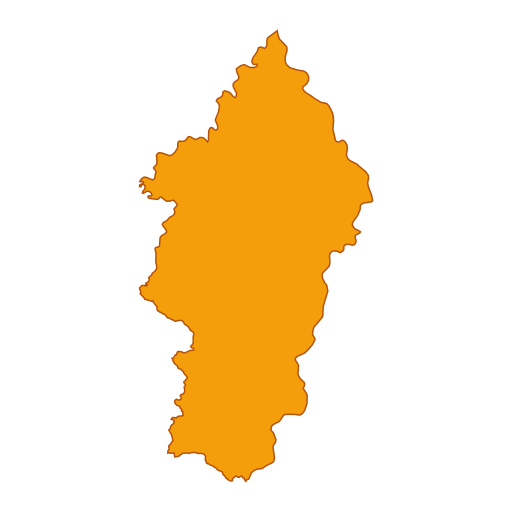 outline of Buritizeiro, Minas Gerais, Brazil
{"feature_id": "56859067B33679027231632", "entity_name": "Buritizeiro", "entity_type": "district", "adm_level": 2, "iso_a3": "BRA", "parent_name": "Brazil", "parent_adm1": "Minas Gerais", "projection": "albers", "projection_center": [-45.225, -17.281], "detail": "fine", "context": "isolated", "style": "filled", "palette": "amber", "viewbox_px": 512, "rotation_deg": 0, "n_neighbors": 0, "source": "geoboundaries", "source_scale": "gbopen_adm2", "svg_char_len": 6059}
<svg xmlns="http://www.w3.org/2000/svg" viewBox="0 0 512 512"><path d="M139.9,181.7L143.3,181.6L143.6,182.5L142.7,183.5L139.8,184.9L139.4,186.1L140.1,186.9L141.0,186.6L141.4,185.3L142.3,184.7L143.3,184.5L144.4,184.9L145.1,185.9L144.9,189.0L143.2,190.6L142.3,192.7L143.1,193.4L146.8,191.4L148.1,191.1L150.2,192.1L151.4,193.5L151.9,195.5L150.8,196.0L148.4,195.9L147.9,196.6L148.2,197.6L149.3,198.4L157.5,199.4L158.6,198.8L160.1,197.1L161.1,197.1L166.3,201.1L170.2,201.1L172.4,200.2L174.0,200.5L177.4,204.5L176.7,205.8L174.0,208.9L174.9,212.0L174.6,213.4L173.8,214.6L172.8,215.7L169.6,217.4L166.7,220.7L163.6,222.4L162.7,223.3L162.3,224.8L165.9,229.7L166.6,231.8L166.2,232.6L164.1,234.3L162.0,235.4L160.5,236.8L160.1,237.7L159.5,246.2L158.4,246.9L156.1,247.4L155.4,248.1L155.1,249.2L156.0,253.5L155.8,262.2L156.7,265.7L156.6,268.7L154.8,271.4L152.1,273.4L151.8,275.0L148.9,277.2L148.7,278.2L149.4,279.2L149.1,280.6L147.6,282.3L146.0,283.0L145.5,284.1L146.3,284.9L147.4,284.7L147.0,285.6L145.7,285.9L142.2,285.3L139.8,287.6L139.5,288.6L140.8,291.6L140.8,292.9L140.2,293.8L144.3,298.1L144.7,299.2L150.5,300.9L151.8,301.2L152.7,300.8L153.0,301.7L156.9,306.6L157.1,309.7L157.5,310.7L159.4,311.4L159.9,312.3L161.2,312.5L163.1,314.0L165.0,314.6L167.6,317.9L169.5,318.1L171.3,319.5L172.7,319.7L174.1,320.8L175.8,321.3L178.2,320.5L181.4,320.4L182.6,320.9L184.8,324.4L187.9,326.3L189.8,328.9L189.9,329.9L192.7,331.8L193.5,332.7L193.8,334.0L193.2,336.4L193.2,342.8L192.9,343.8L190.7,346.5L191.5,347.6L193.5,348.4L193.7,350.2L190.4,350.4L184.8,352.9L183.8,352.9L181.0,351.6L178.1,351.5L177.3,352.1L176.3,354.8L175.2,355.0L173.5,357.9L172.1,358.3L173.8,362.6L175.4,364.4L177.3,365.8L178.2,368.3L181.3,369.5L182.2,370.9L183.6,371.7L183.8,373.1L187.3,377.3L186.9,378.7L185.6,379.7L185.1,380.9L183.9,381.7L184.0,382.9L185.3,384.5L185.4,385.4L184.1,387.1L184.6,389.2L184.6,392.1L183.3,393.8L180.9,394.7L180.2,395.9L181.2,396.8L180.9,399.1L180.2,399.7L178.8,400.0L177.5,399.9L176.4,399.2L174.9,400.5L174.8,402.6L175.6,403.9L176.7,405.2L179.6,406.2L180.3,408.4L181.3,408.9L181.9,409.7L181.4,411.0L182.5,411.4L183.0,412.3L182.7,413.5L183.2,414.5L183.0,415.7L177.9,416.4L176.3,417.8L172.5,417.5L171.2,419.4L173.8,420.0L174.4,421.2L173.6,422.3L173.9,423.5L171.8,424.8L171.0,425.9L170.0,428.9L168.8,430.0L172.0,435.8L172.8,441.0L171.1,442.9L170.8,443.9L168.6,446.1L169.2,448.9L168.0,450.7L167.8,453.1L170.0,452.9L170.8,453.3L174.0,452.9L174.8,457.0L178.6,456.3L182.7,453.3L184.1,453.2L187.5,453.0L189.3,453.4L191.6,452.5L195.4,452.5L198.2,453.5L201.1,453.4L203.8,454.0L204.9,455.2L205.5,456.5L205.3,460.2L206.3,461.4L206.3,462.8L207.4,463.7L208.8,463.9L210.0,464.9L212.6,465.8L214.5,467.3L215.6,467.7L218.0,470.3L220.0,470.9L222.5,472.2L222.8,473.9L223.5,475.0L224.4,475.4L226.2,478.5L227.2,478.7L227.8,479.5L229.7,480.7L231.0,481.0L232.5,480.7L232.5,478.7L235.9,475.9L238.0,477.3L239.5,477.3L240.5,476.3L241.8,476.0L243.0,477.9L244.3,478.3L244.4,479.5L245.9,481.3L246.5,479.9L248.8,479.0L251.5,472.6L254.6,470.2L257.6,469.0L261.4,468.7L262.4,468.3L266.9,465.3L271.8,463.0L273.8,461.3L274.4,458.8L274.4,457.0L273.1,448.1L273.1,446.5L273.5,445.2L275.6,442.1L275.9,439.5L273.5,433.0L271.0,430.2L271.3,427.2L272.5,424.9L279.4,421.4L283.6,415.2L284.4,414.8L286.6,414.3L294.5,414.4L299.9,415.1L302.4,413.6L304.7,410.4L307.0,403.4L307.1,395.1L306.1,392.8L303.3,388.6L304.6,384.7L304.3,382.5L300.3,378.7L298.4,375.5L297.9,373.0L298.3,370.5L298.5,365.5L297.2,362.8L295.3,360.1L295.3,359.1L296.3,357.1L297.1,356.5L304.4,353.1L307.5,350.4L312.0,345.3L314.9,340.1L314.8,338.4L312.5,334.3L313.1,329.6L314.0,327.1L322.0,317.6L322.8,316.0L323.2,306.5L327.8,291.1L326.7,285.3L325.0,283.2L322.5,278.3L322.1,274.4L323.2,272.4L328.4,267.1L329.5,265.3L329.9,262.4L329.5,255.4L330.2,253.2L332.2,251.3L333.3,250.9L337.3,251.3L339.6,252.5L340.6,252.5L343.4,250.5L343.8,249.3L343.8,246.6L344.3,245.7L345.8,244.5L349.2,244.3L352.4,245.2L354.2,244.8L355.5,243.3L356.1,240.8L355.1,237.4L355.1,236.4L355.5,235.3L360.0,232.8L360.4,231.6L354.4,228.5L352.4,225.2L352.3,224.2L352.5,223.1L353.8,220.7L357.4,215.8L358.7,213.1L360.2,209.1L360.3,206.1L360.9,204.8L363.2,203.1L370.6,202.0L371.9,201.6L372.6,200.5L371.7,195.7L368.2,186.4L367.6,182.6L368.6,178.3L368.4,175.6L365.7,171.7L358.2,165.5L357.6,164.5L350.0,160.6L348.3,159.3L347.0,156.9L346.4,154.6L347.4,148.5L347.0,145.1L344.9,141.5L342.7,140.2L341.4,140.5L339.6,141.7L337.7,142.1L336.1,141.2L335.4,140.1L332.9,129.2L333.6,120.4L333.2,116.3L332.5,113.0L329.1,106.1L326.6,103.5L320.9,102.3L315.2,98.9L309.8,95.0L306.2,92.9L304.0,90.9L302.7,88.8L302.6,87.9L303.1,86.8L306.8,83.7L308.6,80.2L308.7,77.0L307.2,73.7L305.3,71.9L303.4,71.0L297.8,70.1L289.9,67.7L286.6,64.7L285.5,62.5L285.1,58.6L285.4,56.1L287.0,50.6L286.9,47.6L286.4,46.3L279.6,39.3L278.2,35.8L277.2,30.7L267.4,38.1L266.9,40.4L266.9,45.0L266.0,47.1L265.3,47.9L264.2,48.3L261.8,47.2L260.4,47.1L258.5,47.7L257.0,52.0L253.2,57.3L251.9,61.0L252.0,62.3L253.0,64.0L254.0,64.5L257.0,64.2L257.2,65.7L256.4,66.6L253.9,67.5L250.7,67.5L248.6,67.0L245.2,65.0L243.8,64.7L240.9,65.6L236.5,68.7L236.3,69.6L237.3,73.3L238.6,76.0L238.8,77.7L238.5,79.1L237.8,79.8L234.3,82.3L233.5,83.4L233.0,85.2L233.7,87.8L236.6,93.2L236.0,97.0L235.1,97.7L232.9,96.2L230.3,93.0L229.3,92.3L225.6,91.0L224.4,90.9L223.1,91.7L222.6,94.8L221.5,96.8L218.3,98.3L216.6,99.9L216.3,100.9L218.8,103.9L219.4,106.6L218.6,111.6L215.6,119.1L215.4,120.4L217.6,125.6L217.7,128.2L217.3,129.2L216.3,130.0L214.8,130.0L212.3,127.7L211.4,127.5L210.3,127.9L209.5,128.9L208.7,131.3L208.4,140.1L207.7,141.9L204.2,138.4L202.7,137.6L200.0,137.4L196.7,139.2L195.4,139.3L194.1,138.9L190.8,137.0L188.7,136.6L187.9,137.1L186.5,139.3L184.7,140.9L182.8,141.3L179.0,141.2L178.1,142.2L177.8,143.7L177.7,147.4L177.2,148.7L174.9,152.2L172.0,155.0L169.6,155.7L162.6,153.2L159.4,152.7L158.2,153.1L157.1,154.1L156.4,155.4L157.0,161.5L156.7,163.8L156.2,165.0L153.6,167.5L153.7,168.5L155.6,170.6L156.1,171.9L155.3,174.3L154.7,178.5L153.2,179.7L152.2,179.8L146.2,177.3L144.1,177.1L142.0,178.4L140.1,180.6L139.9,181.7Z" fill="#f59e0b" stroke="#b45309" stroke-width="1.5"/></svg>